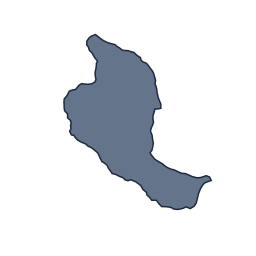 Santa Rita d'Oeste, São Paulo, Brazil, rotated 156°
{"feature_id": "56859067B69160631220065", "entity_name": "Santa Rita d'Oeste", "entity_type": "district", "adm_level": 2, "iso_a3": "BRA", "parent_name": "Brazil", "parent_adm1": "São Paulo", "projection": "albers", "projection_center": [-50.816, -20.093], "detail": "fine", "context": "isolated", "style": "filled", "palette": "slate", "viewbox_px": 256, "rotation_deg": 156, "n_neighbors": 0, "source": "geoboundaries", "source_scale": "gbopen_adm2", "svg_char_len": 1931}
<svg xmlns="http://www.w3.org/2000/svg" viewBox="0 0 256 256"><g transform="rotate(156 128 128)"><path d="M73.3,46.2L73.4,50.0L75.9,52.6L81.8,53.2L85.1,54.4L88.9,57.3L91.4,60.1L94.2,63.1L97.4,64.8L100.1,67.7L103.0,71.1L105.3,72.8L108.1,75.8L110.1,79.0L111.0,81.1L114.5,85.9L116.3,88.7L117.4,93.0L118.0,96.3L115.2,98.0L113.6,100.0L111.1,103.7L110.4,106.8L108.9,111.7L108.8,116.0L106.7,118.6L104.2,120.8L102.3,123.0L101.5,126.0L100.3,128.9L97.8,131.7L95.7,134.4L93.6,133.5L90.1,132.6L88.3,136.4L88.1,143.2L87.0,148.6L86.1,151.4L85.5,154.1L85.4,157.4L83.4,160.3L82.4,167.4L82.6,170.5L83.3,173.3L83.9,176.3L84.8,179.6L87.5,182.4L88.5,184.6L88.0,187.3L89.5,189.4L90.9,192.0L91.8,194.5L94.7,197.0L96.4,198.6L99.0,199.9L101.5,201.4L103.1,204.5L105.1,207.3L105.9,209.4L110.3,212.9L112.7,215.2L115.0,218.0L117.2,221.8L119.7,226.6L123.9,226.9L127.1,226.1L130.3,224.0L131.9,220.9L131.3,218.1L131.7,214.5L130.4,211.4L129.8,205.6L128.6,201.5L130.5,200.0L131.7,197.7L133.4,194.9L135.4,192.3L136.7,189.0L137.6,185.2L139.7,183.4L143.3,183.2L147.1,184.3L152.5,187.4L155.3,187.0L160.3,184.5L163.5,185.4L166.8,185.5L168.6,183.9L171.2,182.0L174.4,180.5L175.9,177.9L176.9,175.2L178.0,172.7L178.9,169.6L177.5,165.4L179.1,161.8L177.5,158.3L178.0,155.4L179.6,153.4L180.2,150.8L182.7,148.7L182.5,144.7L180.4,143.1L180.0,140.4L178.9,137.4L176.7,134.4L174.9,132.5L173.1,130.5L171.9,127.7L169.4,124.9L167.7,121.6L165.8,117.7L165.7,114.1L165.7,111.3L165.5,107.9L163.5,105.1L162.3,102.5L162.2,98.8L161.4,95.4L161.0,92.8L158.2,90.7L155.4,87.2L152.7,84.5L151.8,81.8L149.4,79.8L146.5,79.7L144.7,77.7L142.8,75.7L139.8,70.4L139.3,65.6L137.4,61.8L137.9,58.9L136.6,56.1L135.7,52.3L133.5,51.4L131.4,50.3L130.5,46.0L129.2,42.5L126.4,41.2L123.1,39.4L120.7,37.6L119.4,35.6L116.0,33.5L113.5,32.8L111.1,32.3L106.8,32.2L104.0,29.1L99.4,29.6L96.3,31.6L90.0,39.7L86.3,43.2L82.7,45.7L80.2,46.6L76.2,46.5L73.3,46.2Z" fill="#64748b" stroke="#1e293b" stroke-width="1.5"/></g></svg>